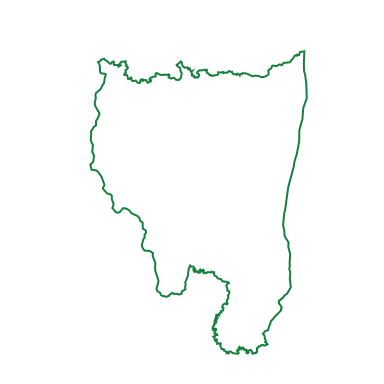 Pa Daet, Chiang Rai, Thailand (orthographic projection), rotated 188°
{"feature_id": "78962969B68909645293993", "entity_name": "Pa Daet", "entity_type": "district", "adm_level": 2, "iso_a3": "THA", "parent_name": "Thailand", "parent_adm1": "Chiang Rai", "projection": "orthographic", "projection_center": [99.975, 19.516], "detail": "fine", "context": "isolated", "style": "outline", "palette": "green", "viewbox_px": 384, "rotation_deg": 188, "n_neighbors": 0, "source": "geoboundaries", "source_scale": "gbopen_adm2", "svg_char_len": 5942}
<svg xmlns="http://www.w3.org/2000/svg" viewBox="0 0 384 384"><g transform="rotate(188 192 192)"><path d="M294.6,200.1L289.4,200.0L287.5,198.5L283.8,194.6L279.8,187.2L279.8,186.0L280.8,183.8L280.7,182.9L275.9,178.8L272.6,178.4L270.8,177.0L270.4,173.6L267.9,169.1L268.6,165.0L264.4,161.3L263.0,161.2L260.8,161.9L258.0,166.4L254.6,166.4L251.1,164.8L249.2,162.6L242.5,160.6L240.4,158.8L239.3,156.3L236.6,154.8L235.7,149.2L235.0,148.5L232.7,147.7L232.0,146.2L232.1,144.6L233.1,143.2L232.5,140.4L233.5,138.7L234.3,132.9L233.9,131.1L232.3,128.7L230.8,127.4L225.6,127.7L222.1,126.0L222.0,123.1L218.5,116.8L217.9,111.1L217.1,108.4L213.0,99.7L212.8,98.3L213.7,90.9L212.3,88.9L209.7,87.9L208.6,85.8L206.5,84.8L206.1,85.1L202.6,84.6L201.2,85.7L200.4,85.8L200.0,87.0L197.4,89.4L196.1,88.6L192.2,89.1L190.6,88.6L188.1,89.8L188.2,92.1L185.0,94.8L185.6,97.0L185.5,100.0L186.1,101.5L184.5,108.1L184.6,115.1L183.6,118.9L182.5,117.9L181.7,118.3L179.9,118.2L179.8,117.4L178.7,116.7L179.8,115.9L178.9,115.2L179.5,114.4L178.4,113.2L177.2,113.7L178.3,114.7L177.8,115.1L174.7,112.9L172.8,113.4L173.1,114.7L173.9,115.0L173.1,116.4L171.2,114.9L170.7,116.2L170.1,116.6L169.2,115.6L169.9,115.0L169.9,114.4L168.8,113.3L167.8,113.9L167.0,113.4L165.0,115.1L163.2,114.8L162.0,115.2L161.4,115.9L160.5,115.2L159.3,115.8L158.6,114.6L158.9,113.6L157.8,112.2L155.8,111.6L154.6,110.1L151.2,109.7L149.5,107.8L144.6,107.9L143.0,107.4L142.8,106.8L144.1,106.1L145.0,103.9L143.6,101.4L143.4,99.4L141.6,99.0L141.1,98.4L141.1,96.5L142.1,94.2L141.1,92.4L142.3,89.8L142.2,88.3L141.4,86.9L141.6,85.7L142.2,85.5L143.1,86.2L143.7,86.2L145.5,84.8L146.1,82.2L144.7,81.5L144.7,79.0L146.6,78.4L146.8,77.6L146.3,76.7L147.2,76.6L147.8,75.6L147.8,73.8L148.7,74.3L149.2,73.2L150.2,74.0L150.9,73.6L150.9,73.1L149.4,71.3L151.0,71.3L151.1,70.8L149.8,69.8L149.7,69.3L151.4,68.8L151.8,66.7L151.3,66.5L150.1,67.5L149.7,67.1L150.4,65.0L151.9,64.1L151.5,62.8L152.7,61.5L152.5,59.1L151.6,57.9L151.1,58.1L151.4,59.7L149.6,60.0L149.1,59.7L149.2,57.8L150.2,55.1L148.8,54.4L147.6,54.8L147.1,53.9L148.2,53.7L150.5,51.8L149.4,51.6L149.6,50.3L148.8,48.9L148.1,48.7L147.5,49.4L146.8,49.4L146.8,48.3L148.2,48.4L148.4,48.0L145.9,46.3L146.0,45.2L142.5,46.1L142.3,45.6L142.8,44.3L140.9,40.7L138.4,40.6L138.4,39.4L137.3,39.3L135.8,38.5L135.3,37.0L133.1,37.4L133.0,38.0L134.0,38.6L132.1,39.4L131.1,39.3L129.4,38.1L124.1,38.2L123.5,38.7L123.5,39.5L125.2,41.0L124.3,41.4L124.3,42.4L123.6,42.3L123.5,43.2L122.8,43.6L124.0,44.0L123.4,45.2L121.2,43.1L120.4,44.0L121.1,44.7L120.2,45.1L118.5,44.1L118.3,42.9L116.2,43.3L115.7,42.6L116.1,41.6L115.8,40.4L114.7,39.9L113.7,40.9L114.8,42.0L114.5,42.6L111.7,43.8L109.9,41.5L110.0,41.0L109.0,40.3L107.1,41.7L106.6,41.3L105.7,41.8L105.4,43.3L106.0,46.1L105.5,46.2L105.6,46.8L104.9,47.3L104.5,48.4L102.8,48.8L102.0,50.1L100.2,50.3L99.0,49.9L96.0,51.6L97.2,52.9L98.7,53.5L98.1,54.8L99.4,56.9L100.2,59.9L102.1,61.4L100.0,64.6L97.4,65.8L97.0,69.6L96.1,72.5L96.0,75.1L94.1,77.3L93.6,78.7L87.4,87.1L87.7,88.8L87.1,89.4L87.1,90.4L90.4,93.9L90.4,94.9L90.8,95.1L90.4,96.0L90.6,96.8L89.2,97.4L88.5,99.1L87.4,99.5L86.0,102.3L83.6,104.7L80.9,111.5L83.1,119.8L83.5,126.0L85.1,129.8L84.8,132.1L85.4,134.9L86.2,144.3L89.0,151.0L89.4,155.6L92.7,159.3L94.2,161.6L95.4,167.0L97.2,171.8L97.7,184.2L97.3,186.9L97.4,210.0L94.8,231.4L94.7,236.8L93.5,244.0L92.9,257.1L94.3,268.1L92.8,279.8L93.5,290.8L91.4,300.7L93.9,315.2L96.5,324.6L97.6,326.8L98.2,329.0L99.3,336.2L100.3,347.0L104.8,345.5L104.9,342.6L105.3,342.4L107.2,342.7L107.5,342.4L107.3,341.5L109.2,341.4L110.9,337.6L112.1,336.2L112.7,334.4L113.3,334.0L119.4,332.5L120.7,330.1L122.9,330.6L125.9,328.4L130.0,328.4L130.8,325.5L133.4,323.1L132.5,319.6L133.7,317.8L137.4,315.7L139.4,315.5L142.2,316.1L145.2,316.1L148.3,315.0L153.9,316.8L157.0,316.9L158.4,316.7L158.7,315.8L159.8,315.9L160.8,315.1L160.9,314.3L161.3,314.9L163.4,315.0L164.0,314.2L164.4,314.4L164.1,315.2L165.7,314.5L167.4,314.4L168.6,315.5L168.9,316.4L169.4,316.1L171.8,317.0L172.8,316.4L173.2,315.4L175.3,314.7L176.8,314.8L177.2,314.3L177.9,315.1L178.9,314.8L179.1,314.4L182.7,314.2L182.6,312.2L183.0,311.6L188.6,309.7L189.6,310.5L190.6,310.0L192.0,311.6L193.6,312.0L194.5,313.4L194.0,314.5L194.4,315.1L195.3,314.4L196.4,315.0L197.4,314.2L201.7,313.4L202.9,312.3L203.5,310.6L201.3,309.2L201.1,308.2L202.2,306.1L203.4,306.5L204.6,305.6L206.1,306.1L205.9,307.0L206.4,307.5L208.4,307.4L208.3,309.1L209.5,310.7L208.7,311.9L209.7,311.4L210.5,311.8L211.0,313.3L212.5,313.1L212.2,313.8L213.1,313.5L213.3,314.5L213.7,314.8L216.3,314.1L218.2,315.0L219.1,316.0L220.6,319.5L221.3,319.7L223.3,317.1L224.9,315.9L224.5,314.9L221.0,313.2L220.2,310.3L218.7,308.1L218.9,303.5L220.7,301.0L223.3,300.9L225.4,302.5L227.1,302.2L228.4,301.4L230.4,301.9L231.3,302.6L230.6,304.4L231.4,305.3L232.4,304.6L235.8,304.4L238.1,303.6L240.8,303.9L243.6,305.0L244.5,303.7L244.1,301.4L248.0,300.0L249.8,298.2L249.8,297.2L248.0,297.0L248.3,295.7L251.1,294.0L253.2,296.4L254.1,296.4L256.3,295.1L256.8,295.5L256.5,296.6L257.2,296.7L258.3,296.0L258.7,294.8L258.5,293.2L259.6,292.4L261.3,292.8L263.3,294.5L265.6,293.7L266.7,293.8L267.7,294.8L267.6,296.2L268.3,296.9L269.6,295.3L270.9,294.9L272.5,298.7L273.1,299.0L274.6,298.4L275.4,298.6L275.4,299.7L274.1,301.3L274.7,302.3L274.8,303.6L273.4,304.6L272.8,305.9L273.0,306.7L275.1,307.6L274.4,308.8L275.6,310.0L276.0,312.2L277.3,311.5L280.0,311.3L281.6,308.6L280.2,307.5L282.3,305.9L283.3,307.6L286.3,306.9L287.1,307.1L287.4,307.8L287.3,309.4L287.7,310.2L289.0,310.0L290.2,307.8L291.1,307.6L294.7,310.0L296.8,310.9L297.5,311.8L300.2,310.4L301.8,308.3L303.1,307.7L301.0,304.7L299.7,298.0L298.7,296.9L294.1,296.9L293.7,296.1L294.3,292.6L294.3,287.6L295.3,285.7L297.0,280.9L300.9,276.5L301.1,274.6L300.3,271.4L300.8,267.1L299.8,263.7L294.5,256.9L295.2,252.9L297.0,248.7L296.2,245.0L298.4,242.5L300.5,237.7L299.8,235.2L299.7,230.5L298.9,228.0L296.6,224.6L296.4,218.1L294.1,214.4L294.0,208.9L294.6,207.2L296.5,205.1L294.6,200.1Z" fill="none" stroke="#15803d" stroke-width="2"/></g></svg>